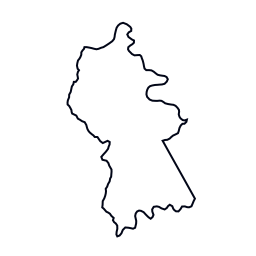 Antônio Prado, Rio Grande do Sul, Brazil (Albers equal-area conic projection), rotated 245°
{"feature_id": "56859067B28853350190882", "entity_name": "Antônio Prado", "entity_type": "district", "adm_level": 2, "iso_a3": "BRA", "parent_name": "Brazil", "parent_adm1": "Rio Grande do Sul", "projection": "albers", "projection_center": [-51.31, -28.882], "detail": "fine", "context": "isolated", "style": "outline", "palette": "ink", "viewbox_px": 256, "rotation_deg": 245, "n_neighbors": 0, "source": "geoboundaries", "source_scale": "gbopen_adm2", "svg_char_len": 3036}
<svg xmlns="http://www.w3.org/2000/svg" viewBox="0 0 256 256"><g transform="rotate(245 128 128)"><path d="M210.3,111.2L208.2,109.5L206.1,108.1L203.0,107.4L201.1,108.0L200.0,106.3L197.9,104.6L195.7,104.1L193.9,103.6L192.8,101.9L191.9,100.1L192.7,98.4L190.7,96.9L189.4,94.7L186.9,92.8L184.9,91.3L183.1,88.8L180.7,87.6L178.5,85.2L176.7,84.0L174.8,83.2L172.8,84.0L170.6,84.2L168.2,84.3L166.4,83.7L164.7,83.5L161.1,86.4L157.7,86.5L155.8,87.9L153.5,89.3L151.6,91.2L148.4,91.5L145.7,91.0L143.9,90.8L141.7,91.0L140.0,91.5L137.6,92.6L135.8,93.6L134.0,94.0L132.7,96.5L130.1,96.9L127.8,97.3L125.0,98.8L125.0,101.6L125.0,104.1L123.0,105.5L120.8,104.3L119.3,102.6L117.6,101.2L116.5,99.2L115.6,97.4L114.6,94.9L113.1,91.6L110.0,91.4L107.4,94.7L104.5,95.4L101.9,95.1L99.4,95.3L97.4,95.5L95.3,94.6L92.5,93.0L90.9,92.1L89.8,90.5L87.4,88.8L85.6,86.2L83.6,84.3L82.3,82.1L80.1,81.4L78.1,80.2L76.2,78.7L74.2,76.7L72.4,74.2L69.1,72.5L66.9,71.1L65.2,71.9L63.1,72.5L61.3,73.0L59.6,74.4L57.9,75.4L55.4,75.8L52.5,77.0L50.8,75.4L48.6,75.6L46.6,76.6L44.1,77.0L41.1,75.7L38.7,73.8L36.4,72.5L34.3,72.5L34.1,74.9L35.3,77.5L37.8,80.2L39.0,83.5L37.4,86.3L36.1,88.1L34.6,90.0L34.6,92.3L38.0,95.0L40.3,96.2L43.1,96.8L45.2,97.3L47.3,98.9L48.5,101.0L48.5,103.1L47.4,104.8L45.1,106.6L42.2,107.5L40.2,108.2L38.4,108.9L36.2,110.2L36.9,112.6L38.5,114.4L41.9,114.7L44.0,115.5L45.7,118.0L44.8,121.0L43.4,122.8L41.0,124.4L38.7,126.8L39.1,129.3L40.3,131.3L40.8,133.4L38.4,135.1L35.7,134.9L34.0,135.3L32.2,136.3L31.1,138.5L32.3,141.3L34.0,143.8L32.9,146.4L31.2,148.2L30.3,149.9L30.2,152.4L31.7,154.1L34.0,156.6L35.7,158.8L62.1,156.9L86.5,155.1L101.8,154.0L101.5,156.5L100.7,158.6L100.8,161.3L101.5,163.3L102.1,165.6L102.1,168.5L102.2,171.1L103.7,172.6L106.3,174.7L108.0,176.9L108.8,179.1L108.0,181.0L108.9,183.5L110.7,184.9L110.9,182.6L112.1,180.9L114.5,179.7L116.5,179.4L119.0,179.8L121.1,181.2L123.0,181.8L125.4,181.4L128.0,180.5L129.8,179.0L131.1,176.9L132.8,174.4L134.7,172.1L136.4,171.2L138.4,169.9L139.4,168.3L140.2,166.0L141.2,164.0L142.5,161.6L144.7,159.6L148.1,158.5L150.6,158.9L152.9,160.2L154.6,161.7L156.0,163.5L156.6,165.7L156.3,167.9L155.6,170.6L154.7,172.9L153.9,175.1L153.1,177.2L152.6,179.8L153.7,182.8L155.4,184.7L157.9,184.5L159.7,183.1L160.9,181.2L162.3,179.1L163.8,177.3L165.5,176.4L168.2,175.1L170.3,173.6L171.6,171.5L172.7,169.0L174.9,168.1L177.3,168.6L179.5,169.2L181.4,169.6L183.2,169.9L185.2,170.0L187.4,170.3L189.2,169.5L190.1,167.3L191.1,164.6L193.3,162.9L195.3,162.2L197.5,161.4L199.3,161.3L201.1,162.4L201.8,164.9L202.1,167.4L202.8,169.4L204.8,170.4L206.5,169.0L210.3,166.9L213.1,166.9L214.4,169.1L214.6,171.9L216.6,173.0L218.6,172.8L220.4,171.9L222.6,170.7L225.4,168.0L225.8,165.1L225.1,162.4L223.7,160.1L221.9,158.5L220.4,157.3L218.1,155.5L216.3,154.4L214.5,152.9L213.3,150.4L212.6,146.7L212.1,143.3L211.7,139.9L212.1,137.4L212.2,134.8L212.7,132.7L214.1,130.8L215.8,128.8L217.0,127.2L218.7,124.8L219.7,122.7L218.3,121.5L217.5,119.6L216.3,117.7L214.1,116.6L212.4,114.8L211.3,113.2L210.3,111.2Z" fill="none" stroke="#020617" stroke-width="2"/></g></svg>